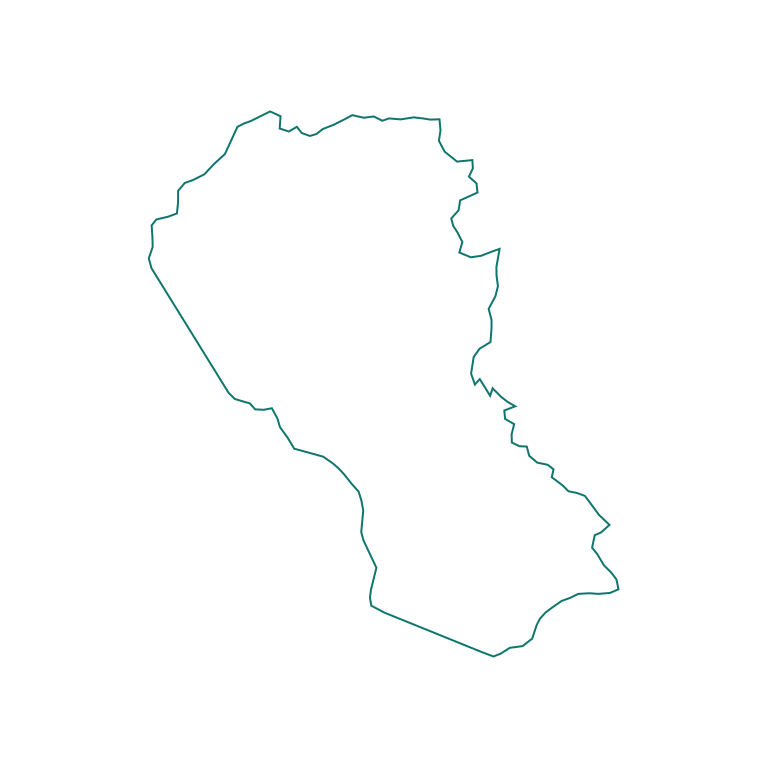 the district of Rio Quente, Goiás, Brazil, rotated 157°
{"feature_id": "56859067B50807905411121", "entity_name": "Rio Quente", "entity_type": "district", "adm_level": 2, "iso_a3": "BRA", "parent_name": "Brazil", "parent_adm1": "Goiás", "projection": "robinson", "projection_center": [-48.799, -17.825], "detail": "fine", "context": "isolated", "style": "outline", "palette": "teal", "viewbox_px": 768, "rotation_deg": 157, "n_neighbors": 0, "source": "geoboundaries", "source_scale": "gbopen_adm2", "svg_char_len": 1924}
<svg xmlns="http://www.w3.org/2000/svg" viewBox="0 0 768 768"><g transform="rotate(157 384 384)"><path d="M418.4,678.0L440.5,657.9L454.8,652.8L467.5,647.2L480.1,646.4L488.8,646.9L498.0,642.3L502.6,631.6L508.0,621.9L517.6,622.4L529.3,624.4L535.9,620.8L539.6,610.2L543.4,600.5L551.4,591.6L552.8,581.5L530.5,436.6L527.1,428.4L515.0,418.5L512.5,411.0L504.7,407.2L496.7,405.5L495.6,394.0L496.6,384.8L493.7,372.2L491.9,359.5L468.4,340.9L462.1,330.9L458.8,324.2L455.9,316.1L452.9,305.1L449.4,294.9L450.4,285.2L452.6,275.5L458.5,264.6L462.8,256.6L464.0,248.0L462.8,217.8L476.4,199.7L480.4,192.8L482.3,184.9L472.7,173.1L398.8,99.1L389.7,90.4L381.9,90.2L371.3,92.0L358.9,88.6L347.1,91.7L337.6,102.5L332.1,107.1L324.4,110.6L316.2,112.6L305.2,114.9L296.3,114.4L287.2,114.9L276.6,111.1L268.8,107.1L257.8,103.4L248.4,103.4L246.4,113.1L248.4,121.4L252.4,131.1L254.1,143.8L256.4,152.0L249.1,162.5L242.4,162.5L231.5,166.2L237.3,179.6L239.9,190.7L242.8,202.5L249.1,208.4L256.1,213.2L259.3,221.1L266.0,232.6L261.3,239.2L264.8,245.6L273.7,251.8L278.4,261.2L277.0,270.6L283.6,273.8L289.2,280.1L286.2,287.8L279.9,296.2L286.2,304.6L283.6,312.6L271.9,312.2L277.3,319.4L281.3,326.6L285.7,337.6L290.9,331.7L293.9,351.1L300.5,348.0L299.8,359.5L290.9,373.8L282.2,379.2L269.6,381.0L263.3,393.2L260.0,400.9L258.3,412.3L247.2,421.2L240.9,429.5L238.1,439.7L234.8,447.8L224.8,463.2L232.5,463.7L244.7,464.1L254.5,466.7L263.3,475.6L256.4,484.0L257.1,494.5L258.5,502.5L257.4,510.1L247.5,514.7L242.1,523.3L223.1,523.7L220.5,532.5L224.8,541.7L217.9,547.8L215.2,555.6L229.9,560.2L237.4,574.2L238.4,586.4L232.9,595.4L229.5,606.0L237.9,609.2L244.0,613.0L252.4,617.8L265.3,621.1L275.6,626.5L282.7,627.0L288.8,634.2L298.6,637.0L308.2,643.9L316.2,643.1L328.8,642.3L340.8,642.6L348.6,640.5L355.3,641.3L361.7,647.2L363.7,654.8L372.9,653.6L380.2,659.9L374.6,670.9L382.4,679.4L403.7,678.1L411.0,678.5L418.4,678.0Z" fill="none" stroke="#0f766e" stroke-width="2"/></g></svg>